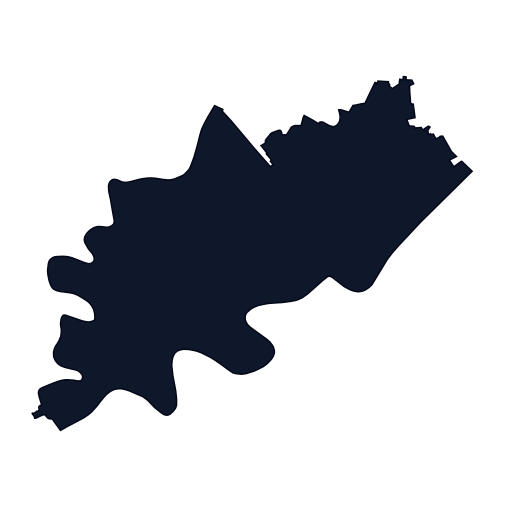 the district of An Lao, Hải Phòng, Vietnam, rotated 276°
{"feature_id": "81297802B65658789050233", "entity_name": "An Lao", "entity_type": "district", "adm_level": 2, "iso_a3": "VNM", "parent_name": "Vietnam", "parent_adm1": "Hải Phòng", "projection": "natural_earth1", "projection_center": [106.554, 20.797], "detail": "fine", "context": "isolated", "style": "filled", "palette": "ink", "viewbox_px": 512, "rotation_deg": 276, "n_neighbors": 0, "source": "geoboundaries", "source_scale": "gbopen_adm2", "svg_char_len": 5916}
<svg xmlns="http://www.w3.org/2000/svg" viewBox="0 0 512 512"><g transform="rotate(276 256 256)"><path d="M230.2,51.2L228.9,50.7L227.9,50.5L226.7,50.3L220.3,50.2L218.0,50.5L215.0,51.2L209.9,52.8L206.3,54.5L204.3,55.7L203.1,56.7L201.9,58.2L201.1,60.3L200.6,61.9L200.4,63.5L200.2,65.9L200.1,71.2L199.9,75.9L199.7,77.9L199.2,80.1L198.5,82.5L196.6,86.8L193.7,92.6L192.3,94.7L190.9,96.3L189.2,97.9L186.9,99.5L185.4,100.3L182.3,101.4L178.4,102.2L177.0,102.3L175.8,102.2L175.1,101.7L174.4,100.8L173.1,97.6L172.8,96.1L172.9,93.8L173.3,90.1L176.0,78.2L177.2,72.9L177.3,71.9L177.1,70.9L176.6,70.2L175.5,69.5L174.2,69.0L171.6,68.7L168.1,68.7L165.7,69.2L162.8,70.0L160.1,70.3L157.7,70.3L155.5,70.2L153.5,69.6L150.8,68.8L148.4,67.7L146.4,66.6L144.9,65.9L143.0,65.3L141.5,65.0L139.5,64.7L137.4,64.9L134.9,65.3L132.9,66.2L131.3,67.2L129.7,68.6L127.9,70.6L126.5,73.2L125.9,75.1L125.3,77.5L124.9,80.3L124.5,83.2L123.9,88.3L123.5,89.9L123.0,91.3L122.4,92.5L121.5,93.6L119.9,95.3L118.8,95.9L117.8,96.2L116.2,96.2L115.1,95.8L114.5,95.5L113.7,94.7L113.4,93.8L113.2,93.0L113.1,91.0L113.4,88.4L113.3,83.7L113.2,81.0L112.7,78.1L112.0,75.7L110.7,72.4L108.7,68.3L107.1,65.2L104.7,60.8L102.7,57.1L101.3,55.2L100.4,54.5L99.3,54.1L98.3,53.9L97.0,53.9L95.0,54.6L93.4,55.0L85.6,58.4L84.7,56.9L84.2,56.3L83.7,56.0L83.2,55.8L82.7,55.8L82.2,55.9L81.3,56.2L80.7,56.3L80.2,56.3L79.8,56.1L79.3,55.8L79.0,55.4L78.8,55.0L78.7,54.1L77.7,53.4L77.4,52.8L76.9,52.2L76.4,51.6L76.2,51.1L76.2,50.8L76.4,50.1L76.3,49.9L75.9,49.9L75.1,50.5L73.9,51.8L73.2,52.3L72.4,52.6L71.5,52.8L71.8,54.2L75.6,60.4L76.1,62.6L73.6,65.2L72.8,66.2L72.5,67.5L72.5,69.0L72.8,70.2L62.1,79.8L62.4,80.2L66.4,85.7L77.2,101.8L80.6,105.8L83.7,108.8L90.6,113.8L94.5,116.1L100.2,119.9L102.9,122.0L106.0,125.2L108.1,128.2L109.1,131.0L109.8,134.2L109.9,136.4L109.5,140.1L108.7,143.9L104.2,158.3L101.3,163.2L94.6,171.2L90.0,178.4L88.7,180.9L88.4,182.7L88.3,183.9L88.8,185.6L89.9,187.2L91.4,188.6L93.2,190.1L96.3,191.9L99.5,192.6L105.7,191.9L113.7,190.2L128.4,185.8L138.5,183.6L143.6,183.5L146.7,183.9L149.5,184.8L151.1,185.6L152.9,187.3L154.2,189.2L154.8,190.8L155.5,192.9L155.8,194.9L156.0,199.5L155.4,205.7L154.7,209.2L154.0,211.9L150.3,221.6L148.2,225.9L145.2,231.5L141.6,237.7L139.5,241.3L137.4,245.2L136.9,248.3L136.9,253.9L137.9,258.2L141.3,266.1L143.0,269.0L146.7,274.7L148.4,276.6L150.2,278.5L152.3,280.1L154.2,281.6L155.6,282.5L158.2,283.7L161.3,284.4L163.2,284.3L165.3,283.6L167.1,282.9L168.7,281.8L171.9,278.8L174.2,275.6L184.4,258.0L186.9,254.8L189.2,253.1L191.4,252.0L194.2,251.6L196.2,251.7L198.7,252.7L201.3,255.1L203.4,257.2L205.0,259.7L206.9,263.1L208.6,268.1L209.8,272.2L210.5,275.1L212.5,286.9L214.6,295.6L216.0,300.2L217.0,302.4L219.3,306.3L223.7,311.3L238.8,325.1L242.8,329.2L243.5,330.4L243.5,332.0L242.9,333.8L234.7,347.1L232.3,353.1L231.6,355.6L231.3,357.8L231.1,360.7L231.4,362.8L232.0,364.8L233.1,367.5L235.3,370.3L237.0,372.1L239.8,374.4L266.9,387.2L274.1,391.7L281.0,396.6L307.2,416.4L362.9,462.1L371.7,450.7L371.1,449.7L365.4,443.4L371.6,438.3L375.9,445.0L380.4,439.4L394.7,429.2L394.6,428.0L394.4,427.1L394.1,426.5L393.4,426.0L393.0,425.4L391.9,423.7L391.4,422.7L395.8,419.6L394.9,417.2L395.7,416.8L395.1,414.8L398.7,413.8L399.6,414.1L402.4,415.6L403.0,414.4L403.0,413.6L401.6,411.9L400.0,410.0L398.9,410.5L398.9,408.5L399.4,408.2L401.1,406.9L399.9,400.7L400.9,400.3L401.5,399.6L401.4,394.8L407.6,391.7L410.2,399.7L423.5,396.5L423.2,394.8L423.7,394.7L423.6,393.9L435.0,391.8L441.4,390.9L443.8,394.8L447.2,392.6L446.9,386.7L449.8,386.6L449.9,383.8L446.7,383.9L446.8,380.5L442.0,380.4L439.1,377.0L436.8,374.2L438.5,371.2L439.0,371.0L440.4,371.0L440.7,370.8L441.7,369.6L443.2,369.5L442.7,358.9L439.8,358.8L439.7,358.6L439.8,358.1L440.0,357.8L440.4,357.8L440.8,357.6L440.9,357.1L441.0,356.2L428.0,351.5L420.9,349.0L419.5,348.9L418.1,344.0L416.5,339.4L415.9,336.8L408.7,333.4L410.1,326.5L410.3,325.1L410.3,324.6L410.0,323.0L405.2,324.7L403.2,325.1L401.4,325.2L399.9,325.2L398.4,324.9L397.1,324.4L395.1,323.2L393.4,321.3L393.0,320.2L392.8,319.3L392.8,318.3L392.9,317.2L393.5,314.8L396.0,309.0L396.2,307.6L396.1,306.8L396.0,305.9L395.6,305.3L394.2,304.3L397.5,297.2L400.8,289.2L398.0,288.3L395.5,288.0L390.6,287.2L390.3,286.7L389.9,281.6L389.5,280.3L388.9,279.2L388.6,278.9L388.3,278.2L387.7,277.6L381.3,274.5L380.7,274.2L379.7,273.4L379.6,271.6L378.7,269.4L380.9,268.8L383.1,267.6L383.6,266.6L383.3,265.3L382.4,263.4L381.2,260.9L379.9,258.6L378.8,257.5L377.3,256.7L374.0,254.4L371.9,253.3L371.1,253.3L370.1,253.8L369.1,253.0L367.5,251.2L366.4,249.4L359.3,256.3L358.6,255.6L354.7,259.8L352.9,261.3L351.7,260.4L348.6,263.5L346.4,260.9L363.9,242.0L387.8,217.2L396.4,207.4L398.3,207.7L400.2,202.0L401.2,199.1L389.5,193.7L383.0,191.0L377.5,189.1L374.4,188.3L369.2,187.4L360.5,186.2L348.2,184.1L338.1,181.5L335.5,180.5L333.3,179.1L330.2,176.6L329.1,175.6L328.1,174.1L324.2,167.0L323.2,164.3L322.8,162.8L322.6,161.5L322.4,160.1L322.4,158.6L322.4,155.5L322.8,147.3L322.7,144.1L322.4,141.5L322.0,139.3L321.6,137.5L320.8,134.3L319.7,131.0L316.5,122.5L315.9,120.3L315.6,118.6L315.5,116.9L315.6,115.6L315.8,114.5L317.0,110.9L317.3,109.7L317.4,108.5L317.4,107.2L317.3,106.2L317.0,105.5L316.5,104.6L314.6,103.0L313.3,102.4L311.8,102.1L310.1,102.0L306.1,102.6L304.0,103.1L296.4,105.6L283.8,109.1L277.6,111.0L276.2,111.3L274.6,111.4L272.9,111.0L272.1,110.4L271.4,109.7L270.6,108.7L269.9,107.6L269.3,106.2L269.0,104.7L269.0,98.5L268.9,96.4L268.6,95.1L268.1,93.6L267.4,92.2L266.5,90.7L265.0,88.9L263.5,87.4L261.3,85.7L259.1,84.5L257.1,83.7L255.4,83.5L254.4,83.5L252.7,83.9L251.0,84.7L246.5,87.9L245.5,88.7L241.4,92.8L240.6,93.5L239.4,94.2L238.5,94.7L237.6,95.1L235.5,95.5L234.6,95.4L233.5,94.9L231.9,93.4L231.4,92.5L231.1,91.7L230.9,90.5L231.0,88.9L231.5,86.2L234.9,73.7L235.2,72.1L235.5,70.2L235.6,67.8L235.6,66.0L235.5,64.4L235.2,61.8L234.8,59.1L234.5,57.5L234.2,56.1L233.7,55.0L233.0,53.9L232.3,53.0L231.3,52.0L230.2,51.2Z" fill="#0f172a" stroke="#020617" stroke-width="1.5"/></g></svg>